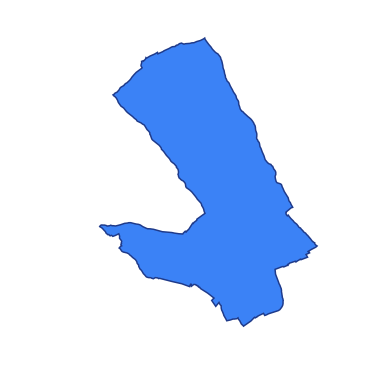 outline of Oncesti, Bacau, Romania, rotated 340°
{"feature_id": "2599482B34822655118034", "entity_name": "Oncesti", "entity_type": "district", "adm_level": 2, "iso_a3": "ROU", "parent_name": "Romania", "parent_adm1": "Bacau", "projection": "mercator", "projection_center": [27.254, 46.484], "detail": "fine", "context": "isolated", "style": "filled", "palette": "blue", "viewbox_px": 384, "rotation_deg": 340, "n_neighbors": 0, "source": "geoboundaries", "source_scale": "gbopen_adm2", "svg_char_len": 6018}
<svg xmlns="http://www.w3.org/2000/svg" viewBox="0 0 384 384"><g transform="rotate(340 192 192)"><path d="M234.3,332.6L236.7,331.1L238.3,329.7L239.3,328.2L240.4,325.3L240.6,325.2L240.9,323.0L240.8,322.1L241.1,321.0L241.4,319.3L241.8,317.5L241.9,316.5L242.5,314.9L242.8,313.0L242.7,312.3L242.7,309.7L242.4,307.6L242.5,306.5L242.4,297.8L243.6,293.1L250.9,293.0L252.2,293.2L252.6,293.8L256.4,293.6L257.1,293.8L257.3,293.5L256.8,293.1L257.4,292.7L258.5,292.7L259.3,292.2L265.4,292.4L265.7,293.3L267.6,292.8L270.1,292.4L270.5,292.2L271.2,292.3L271.3,292.9L278.3,292.8L277.8,289.7L281.7,289.4L281.5,288.3L280.9,288.1L280.7,287.6L284.7,286.8L289.4,286.2L291.1,285.5L290.0,283.9L289.7,282.6L289.7,282.0L289.9,281.6L289.4,281.3L289.1,280.7L288.5,280.0L288.6,279.8L288.1,279.1L287.2,276.0L286.9,275.5L286.8,274.9L286.4,274.2L286.4,273.8L286.1,273.2L285.9,272.4L285.2,271.3L284.7,269.6L283.5,268.0L283.1,267.3L283.1,266.8L282.6,265.5L282.1,264.7L281.6,262.9L280.9,262.3L280.4,261.6L280.1,260.2L279.4,258.0L277.8,255.5L277.2,253.6L275.8,250.7L275.0,248.4L274.5,246.6L273.4,247.0L273.1,246.0L272.9,245.6L273.0,244.1L273.5,243.6L273.4,243.1L279.4,240.9L280.4,240.8L281.2,240.9L281.4,240.9L281.4,240.7L280.8,237.3L280.8,235.7L280.2,233.9L280.1,233.2L280.4,230.1L280.1,228.9L278.9,223.2L278.8,221.6L278.7,219.5L278.5,218.2L278.6,216.3L278.5,215.4L277.6,214.3L275.2,212.5L274.9,211.9L274.7,211.0L274.7,210.2L274.9,208.2L275.3,206.1L275.6,205.5L276.7,204.3L277.5,202.0L277.4,200.4L276.7,198.3L276.6,195.4L275.8,194.4L275.6,193.1L274.2,192.0L273.4,191.0L273.3,190.6L272.9,189.9L271.8,186.7L272.0,182.3L271.7,178.4L271.7,174.5L271.4,172.6L272.0,169.4L272.0,168.3L271.5,167.0L271.4,166.7L271.5,165.8L271.0,164.3L271.3,163.0L271.9,161.9L272.7,159.8L272.9,158.8L272.9,155.9L273.3,154.2L273.7,152.9L273.9,151.3L273.9,150.7L273.6,150.0L273.6,148.3L273.1,146.0L272.4,143.9L271.3,141.8L270.4,140.4L269.0,137.6L268.1,136.0L267.2,133.8L266.8,133.3L266.4,133.1L265.7,130.5L265.9,128.1L265.9,125.7L266.6,123.3L266.6,122.5L266.6,122.1L265.9,119.3L266.2,116.6L265.7,114.2L265.3,112.9L265.1,111.8L264.9,109.5L264.6,107.9L264.2,105.1L264.1,102.4L263.6,101.0L263.0,99.9L262.9,99.1L262.9,97.6L262.6,96.2L263.1,93.9L263.1,92.1L263.7,88.7L263.6,87.4L263.7,85.7L264.2,83.6L264.7,80.0L264.8,78.2L264.6,77.2L264.8,76.0L264.8,74.9L263.5,70.9L262.5,69.9L261.5,68.2L260.0,64.7L259.4,62.1L258.3,59.3L257.0,54.9L256.5,52.8L256.6,51.7L255.2,52.1L251.5,52.5L247.7,52.2L244.9,52.4L242.9,51.8L240.7,51.6L236.6,50.4L235.0,50.3L232.9,48.4L231.8,48.4L230.9,48.3L228.8,49.0L227.5,48.7L226.8,49.2L226.4,49.1L225.8,49.5L223.5,48.8L222.3,48.8L219.5,49.3L213.9,49.7L213.7,49.9L212.5,50.1L207.2,50.5L207.3,49.0L204.0,49.6L199.1,49.9L195.0,50.7L194.7,50.0L193.6,51.3L191.9,52.1L191.3,52.3L191.3,52.0L189.3,52.0L189.0,53.2L187.7,55.0L187.2,56.0L187.6,58.1L187.2,58.5L180.5,60.5L177.7,61.9L174.7,63.6L173.3,64.7L171.6,65.7L168.1,67.2L166.9,67.3L165.3,67.9L164.5,68.6L161.1,69.2L160.1,69.6L158.4,71.1L155.6,72.6L154.6,72.6L153.8,72.8L153.3,72.8L151.9,73.6L151.0,73.7L151.3,74.7L152.3,76.2L153.0,77.9L153.4,80.2L153.4,82.7L154.6,87.0L156.5,89.7L157.9,93.9L158.7,95.5L162.0,100.8L163.1,103.1L164.4,105.0L164.6,106.3L165.0,106.9L167.8,109.7L168.7,111.2L169.9,112.5L170.2,113.3L171.1,118.0L171.9,119.6L172.5,121.3L172.6,121.9L172.5,122.3L172.2,123.1L172.2,123.8L172.4,124.1L172.3,128.3L172.7,129.6L177.2,137.0L178.0,139.5L178.1,140.4L177.9,141.3L179.2,144.1L180.5,148.9L182.2,152.9L182.8,156.1L183.8,157.8L184.8,159.2L185.9,162.0L186.2,162.6L185.9,163.0L185.8,163.6L186.5,165.3L186.6,166.4L186.3,168.1L186.1,168.8L185.4,170.1L184.9,170.5L184.9,171.8L184.7,172.4L184.7,174.4L185.3,175.2L185.5,176.0L185.8,176.6L186.3,177.1L186.4,177.5L187.6,178.7L188.3,180.5L188.6,181.9L188.0,184.9L188.2,186.0L190.5,189.3L191.8,191.8L193.7,197.3L194.3,199.3L194.5,200.5L196.6,205.5L196.7,207.1L196.5,208.0L196.9,209.9L197.1,211.7L196.8,214.6L196.9,216.5L187.3,219.2L186.8,220.2L183.3,221.3L182.5,222.0L182.0,221.5L176.4,225.8L173.7,227.0L172.7,227.6L172.5,227.3L173.0,226.9L172.9,226.8L172.3,226.9L172.1,226.6L169.7,227.7L169.0,228.3L165.5,226.8L161.4,224.6L159.2,223.2L150.6,219.2L143.1,213.9L139.9,212.2L137.8,211.4L136.8,210.6L133.9,207.7L132.3,205.5L131.6,204.8L130.5,204.0L128.4,202.9L123.8,199.8L122.0,199.2L120.7,199.1L117.9,198.4L113.5,198.3L108.6,197.8L106.4,196.7L105.3,196.3L104.3,195.4L103.1,195.5L100.9,195.1L100.5,194.7L100.2,194.6L99.9,194.1L98.5,193.2L95.5,192.0L95.1,192.0L92.9,193.0L93.5,193.0L95.1,195.0L95.3,195.7L95.6,196.1L96.1,197.5L96.8,199.0L97.1,199.8L97.2,201.3L98.4,203.4L99.3,203.5L99.8,204.9L100.2,205.2L101.2,205.1L101.7,205.3L102.4,206.6L105.3,206.6L108.9,206.2L108.9,208.7L108.1,210.6L108.6,212.5L109.1,213.5L109.0,214.0L109.0,214.4L108.1,215.7L108.2,216.2L107.3,216.8L107.5,218.5L107.0,218.5L106.9,218.2L106.1,218.9L105.6,219.0L104.6,219.5L104.4,219.8L104.8,220.1L105.3,221.7L105.7,223.4L106.1,224.1L107.0,225.0L109.9,226.9L111.0,228.0L111.6,228.8L112.0,229.9L112.8,231.1L113.8,233.2L115.6,236.0L116.0,237.2L116.3,238.7L116.1,240.0L116.2,240.8L116.8,242.0L116.5,243.8L116.8,246.6L117.3,247.5L117.8,248.8L118.4,252.1L119.2,253.8L119.9,255.8L120.3,256.4L121.7,257.5L123.9,258.4L124.6,259.2L126.0,260.3L128.2,259.9L130.4,261.0L130.9,261.9L132.1,262.1L143.1,269.6L151.0,274.7L157.3,280.0L159.1,278.2L159.5,278.2L159.7,278.5L159.3,279.4L159.1,280.4L162.1,279.5L162.9,279.8L163.9,280.4L164.1,281.2L164.7,281.4L165.2,282.4L165.6,282.5L165.6,283.3L166.2,284.1L166.6,284.1L167.0,285.7L172.1,292.3L176.4,299.2L173.4,300.6L175.2,307.6L179.6,305.0L179.7,306.5L180.0,307.8L180.5,308.7L179.7,311.3L179.5,313.2L179.7,314.6L179.8,317.5L179.7,318.9L180.4,323.0L180.6,324.9L184.6,325.4L187.0,325.4L188.1,325.8L190.8,326.4L192.2,326.0L192.2,327.6L192.6,328.6L192.9,329.8L193.0,331.0L193.2,332.1L193.1,332.5L193.5,333.3L193.6,333.7L194.3,334.9L194.5,335.7L203.2,333.4L206.1,332.0L207.0,331.5L208.0,331.2L208.3,331.9L210.8,331.5L210.8,331.3L212.4,331.0L217.7,330.5L218.1,332.9L220.1,332.9L222.3,332.6L232.5,333.0L234.3,332.6Z" fill="#3b82f6" stroke="#1e3a8a" stroke-width="1.5"/></g></svg>